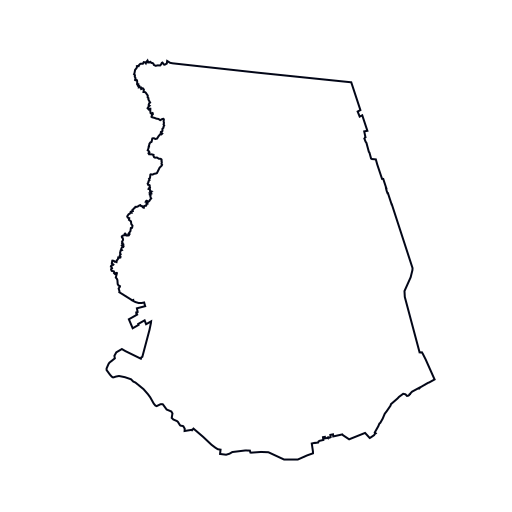 the district of Staphorst, Overijssel, Netherlands, rotated 263°
{"feature_id": "6326949B79471435364663", "entity_name": "Staphorst", "entity_type": "district", "adm_level": 2, "iso_a3": "NLD", "parent_name": "Netherlands", "parent_adm1": "Overijssel", "projection": "orthographic", "projection_center": [6.228, 52.637], "detail": "fine", "context": "isolated", "style": "outline", "palette": "ink", "viewbox_px": 512, "rotation_deg": 263, "n_neighbors": 0, "source": "geoboundaries", "source_scale": "gbopen_adm2", "svg_char_len": 6084}
<svg xmlns="http://www.w3.org/2000/svg" viewBox="0 0 512 512"><g transform="rotate(263 256 256)"><path d="M161.0,93.8L156.0,96.6L154.0,98.0L153.1,98.9L152.9,99.8L153.4,102.3L153.6,105.4L151.7,111.1L148.9,116.9L146.3,118.9L145.1,120.9L137.6,128.1L132.0,131.9L128.6,133.8L122.0,136.5L119.8,137.9L119.1,139.1L120.5,143.1L120.4,144.7L120.1,145.5L114.5,148.6L112.0,153.0L109.9,153.9L105.6,152.6L103.8,154.0L101.8,157.4L101.0,158.2L97.2,160.0L96.7,160.8L96.3,162.3L95.9,163.1L93.3,164.2L91.0,163.8L91.3,171.0L90.9,171.3L92.3,172.9L82.9,181.5L74.1,188.8L70.7,192.3L68.9,194.5L68.1,197.2L63.9,196.2L62.4,202.1L63.0,205.6L64.3,208.6L64.3,221.8L63.7,225.5L63.6,226.2L61.6,226.5L61.4,227.1L60.9,237.1L59.7,244.4L50.6,259.0L48.9,272.7L51.9,282.6L53.2,288.5L54.8,288.7L63.1,288.5L63.4,291.7L63.2,291.8L63.3,295.0L64.3,295.5L64.8,296.5L65.2,300.4L68.0,300.4L68.1,302.3L66.6,302.3L66.7,304.8L66.5,305.1L67.2,305.2L67.3,305.6L66.7,306.6L66.8,307.1L67.1,308.0L69.4,308.0L69.6,310.7L67.5,310.7L68.4,319.9L67.7,320.3L62.7,326.1L67.1,342.7L61.5,346.7L61.8,347.5L63.8,351.4L65.0,352.3L65.4,353.2L66.4,352.4L72.1,356.6L74.7,358.1L75.2,359.0L79.1,361.9L83.8,364.6L85.9,366.7L91.1,371.3L92.5,371.9L97.4,379.2L98.7,380.7L101.3,385.3L100.5,387.5L98.7,388.8L98.8,390.1L99.3,391.1L100.0,391.5L100.1,392.1L100.7,392.4L102.3,394.3L105.3,401.9L104.8,402.0L105.8,403.4L109.1,411.2L109.4,412.5L111.7,418.2L132.6,411.8L138.7,409.6L140.2,408.9L140.1,407.7L140.6,407.1L140.5,406.6L197.2,398.7L203.1,399.1L216.0,406.9L222.8,409.5L224.9,409.9L290.7,397.1L290.7,396.9L302.3,394.6L302.3,394.2L304.8,393.6L307.3,393.3L307.3,393.6L317.0,391.7L317.2,390.5L332.0,387.5L337.3,386.7L338.1,382.9L338.7,382.1L344.8,381.2L345.6,380.7L354.8,379.4L356.1,378.7L359.3,377.9L359.4,378.1L360.7,378.8L360.7,379.1L366.5,378.6L366.7,381.8L382.7,378.6L381.7,375.9L387.0,374.5L388.1,377.4L416.8,371.7L438.0,279.0L457.4,196.8L458.2,194.3L460.4,191.6L457.9,190.9L457.0,188.7L457.2,188.0L459.4,186.7L459.2,186.1L457.7,185.1L456.8,184.1L457.2,181.7L457.0,179.6L458.1,177.9L459.3,177.6L460.1,176.9L460.3,176.0L460.9,175.5L461.0,174.5L461.5,174.5L461.2,173.1L462.0,172.7L461.7,172.1L463.1,172.0L461.8,170.6L460.7,170.1L461.8,169.4L462.1,168.2L460.6,167.1L460.9,165.2L460.8,164.6L460.0,163.4L458.7,162.6L459.1,161.3L459.0,160.9L458.1,160.9L457.0,160.3L455.5,158.7L451.8,157.5L451.3,157.1L450.2,157.9L448.8,157.5L447.2,158.1L445.4,157.4L445.1,157.8L445.2,158.9L444.9,159.3L443.1,159.3L441.0,158.9L440.7,159.1L441.0,159.9L440.8,160.2L439.4,159.5L438.8,159.9L439.1,160.6L439.0,160.8L437.6,160.3L437.5,162.2L435.7,162.4L435.8,162.9L436.4,163.5L436.1,164.3L434.8,165.0L432.5,164.3L432.2,165.8L431.5,166.5L428.4,168.1L426.6,167.8L425.8,168.5L424.4,168.3L421.2,169.6L420.6,168.6L418.9,167.8L418.6,167.9L418.1,168.6L417.6,167.8L415.9,166.4L414.4,167.5L415.2,168.8L415.1,169.1L412.7,168.7L410.6,168.8L410.1,169.4L410.6,170.7L410.4,170.9L409.3,170.9L408.6,170.0L406.9,169.2L406.4,169.7L405.4,172.2L404.5,173.8L403.9,175.9L402.5,177.5L403.3,179.4L403.5,180.7L402.9,181.2L400.6,180.7L399.3,180.9L397.9,180.3L396.8,180.8L395.9,180.1L394.5,179.7L393.6,178.6L391.6,178.4L391.0,177.9L390.8,176.8L390.5,176.6L389.7,176.9L388.9,177.8L388.2,176.9L388.5,175.7L386.7,173.8L384.6,172.1L384.4,170.3L385.3,169.1L385.4,167.7L385.3,167.4L382.1,166.3L381.9,166.1L381.6,165.0L380.4,163.9L379.5,163.7L378.7,163.2L377.6,163.2L377.4,162.7L376.0,162.4L374.1,161.4L373.3,162.3L371.9,162.9L371.3,162.5L371.3,162.0L371.1,161.8L370.0,162.3L369.6,164.9L368.9,166.6L368.1,166.4L366.5,166.9L365.9,167.8L365.8,169.7L364.4,171.4L364.1,173.0L363.6,173.8L362.7,174.1L361.9,173.7L360.7,174.0L359.0,173.4L358.0,173.9L357.1,173.3L355.4,171.1L350.4,167.8L350.1,166.9L350.0,165.0L349.4,163.3L349.9,161.5L349.7,161.1L346.4,160.3L345.6,159.2L344.3,159.6L343.3,158.4L342.0,158.1L341.1,157.3L339.8,157.6L339.4,158.8L339.1,159.1L338.2,158.9L336.9,159.2L336.7,159.1L336.7,158.6L336.2,157.8L335.6,157.5L335.0,158.8L333.5,158.8L332.9,159.9L332.5,158.9L331.5,159.4L331.3,158.4L331.1,158.6L331.0,159.8L330.6,159.8L330.2,158.3L329.8,158.0L328.9,158.7L328.1,158.4L326.6,158.6L326.0,159.0L324.4,157.4L323.7,156.9L322.9,155.7L322.9,155.4L324.0,154.6L324.2,154.1L323.9,153.6L323.3,153.2L323.1,154.0L322.2,153.9L322.0,154.6L321.1,154.7L320.9,153.6L319.9,153.4L319.3,153.0L319.3,151.2L317.6,150.5L318.2,149.5L319.4,149.0L319.8,147.8L320.6,147.4L320.4,146.4L319.5,144.6L319.3,143.3L319.5,142.3L318.6,141.6L318.2,140.7L317.4,140.0L317.0,139.1L315.6,139.2L315.6,138.1L315.2,137.2L314.1,137.7L314.1,136.5L313.4,135.9L313.0,134.7L311.3,133.2L310.9,133.0L309.7,133.4L309.0,134.8L307.4,134.3L305.6,136.1L302.9,136.1L301.2,137.1L299.5,136.6L299.0,136.3L299.0,135.2L296.0,134.4L294.2,132.7L293.2,133.2L292.9,132.9L293.1,132.6L293.0,131.9L292.0,132.1L291.9,131.5L292.1,129.8L293.5,129.4L294.2,128.8L293.7,128.2L292.7,128.1L292.4,126.1L291.8,125.2L290.7,125.2L289.9,126.0L288.2,126.0L286.3,124.7L285.6,125.1L284.7,124.6L284.4,125.3L283.9,125.7L282.9,124.4L282.3,125.6L281.9,125.8L281.1,125.3L281.4,124.5L281.0,124.0L279.2,123.0L278.2,123.6L277.9,122.3L275.5,121.4L274.2,121.9L273.6,121.1L272.1,120.5L271.8,121.4L271.2,121.3L271.0,121.2L270.9,120.0L271.3,119.1L269.6,118.5L268.6,117.3L266.9,116.8L267.0,116.5L267.6,116.2L267.6,114.9L268.2,114.6L268.9,113.3L268.9,112.8L266.3,112.0L264.8,113.4L264.6,113.2L264.7,112.1L263.9,111.0L263.2,110.7L262.8,111.3L261.3,111.6L261.1,110.9L260.3,110.5L258.8,111.0L258.1,113.0L257.0,113.4L256.3,113.0L255.2,113.9L255.2,114.3L256.2,115.3L256.2,115.7L256.0,115.9L251.7,114.2L250.4,115.1L249.0,115.5L245.0,115.3L243.4,116.0L243.1,116.7L242.6,117.3L242.0,117.1L240.5,115.7L237.6,116.2L236.7,115.9L227.9,126.8L227.4,127.1L227.1,127.6L227.3,128.7L226.4,128.6L225.0,130.7L223.6,133.9L223.3,136.9L223.5,139.3L219.7,139.9L218.6,131.4L214.9,131.7L214.6,130.3L212.7,130.8L212.7,130.4L212.2,130.6L208.7,122.1L199.3,124.8L201.9,131.0L202.9,130.8L205.7,137.6L201.7,138.6L203.9,143.9L202.2,143.5L195.7,141.3L169.8,130.9L169.3,129.8L168.1,129.2L177.5,114.8L180.0,111.5L177.4,105.6L174.2,103.3L171.6,103.4L168.0,97.5L166.7,96.4L162.6,94.0L161.0,93.8Z" fill="none" stroke="#020617" stroke-width="2"/></g></svg>